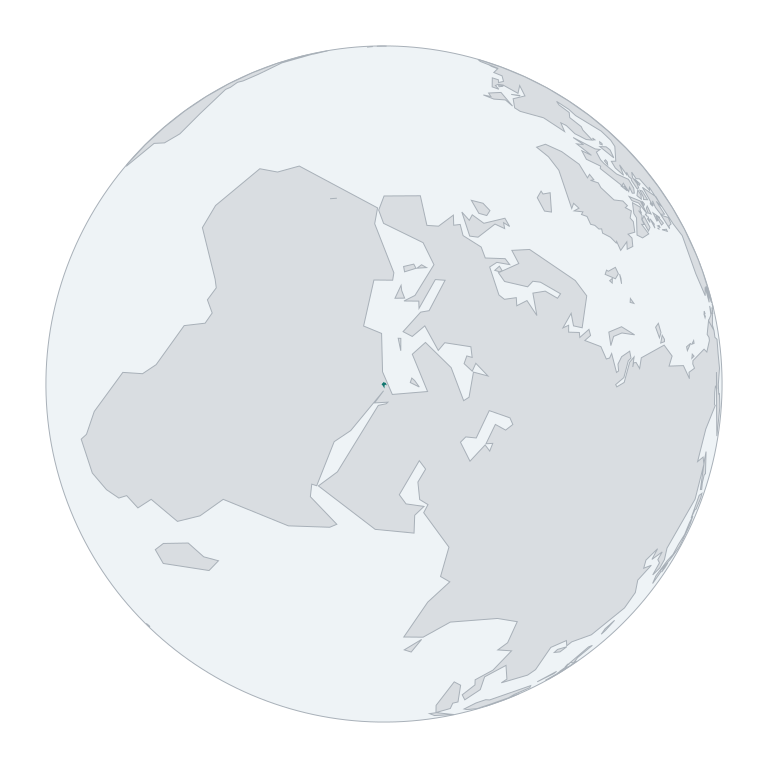 globe centered on Al Qalyubiyah, rotated 68°
{"feature_id": "EGY-1534", "entity_name": "Al Qalyubiyah", "entity_type": "Governorate", "adm_level": 1, "iso_a3": "EGY", "parent_name": "Egypt", "parent_adm1": "", "projection": "orthographic", "projection_center": [31.238, 30.352], "detail": "coarse", "context": "on_globe", "style": "filled", "palette": "teal", "viewbox_px": 768, "rotation_deg": 68, "n_neighbors": 0, "source": "natural_earth", "source_scale": "10m", "svg_char_len": 10664}
<svg xmlns="http://www.w3.org/2000/svg" viewBox="0 0 768 768"><g transform="rotate(68 384 384)"><circle cx="384" cy="384" r="338" fill="#eef3f6" stroke="#a8b0b8"/><path d="M352.9,47.5L379.3,46.2L389.3,46.1L392.1,46.2L389.3,46.3L398.2,46.4L424.2,48.5L431.5,49.6L430.2,49.9L415.1,48.6L414.0,49.0L424.7,50.2L430.1,51.9L414.6,50.0L422.5,53.1L398.7,53.6L358.2,51.9L344.2,55.8L300.7,64.4L304.0,65.2L289.5,70.3L288.0,73.4L280.3,75.0L285.7,76.2L293.0,74.3L297.7,74.4L297.5,76.3L287.7,78.3L286.4,77.7L283.4,79.4L278.6,79.7L280.8,80.6L269.0,83.5L280.2,83.7L270.4,88.6L262.7,89.8L264.2,85.6L250.2,81.0L242.8,82.5L230.9,87.9L206.9,105.8L198.5,109.8L186.6,118.1L190.8,117.2L201.6,110.6L206.6,112.0L219.3,104.7L223.1,104.5L235.9,99.5L233.1,104.9L223.4,113.3L212.7,118.1L208.1,122.2L217.6,122.0L197.0,136.3L182.2,155.6L176.9,159.4L167.9,157.4L169.7,145.4L158.1,146.4L164.7,150.9L151.4,161.6L148.9,166.0L149.0,168.9L153.7,167.1L149.0,172.4L140.7,168.9L144.8,164.0L147.4,164.9L148.2,159.8L142.5,159.1L136.3,165.5L134.3,160.5L129.8,165.3L126.9,167.5L134.2,159.9L121.0,173.9L118.1,175.4L134.3,156.4L151.8,138.5L170.5,122.0L190.5,107.0L211.5,93.4L233.4,81.5L256.2,71.2L279.6,62.6L303.7,55.8L328.1,50.7L352.9,47.5ZM53.9,311.6L52.5,320.7L51.8,323.0L48.0,358.4L49.8,384.7L50.2,401.2L49.4,406.8L51.4,415.3L51.5,420.5L64.5,453.5L75.6,479.6L78.2,497.2L74.8,507.0L85.6,541.4L83.9,539.4L72.8,515.8L63.6,491.5L56.3,466.5L50.9,441.0L47.5,415.2L46.1,389.2L46.7,363.2L49.3,337.3L53.9,311.6ZM432.7,49.8L435.0,50.0L437.8,50.6L432.7,49.8ZM236.6,97.0L236.2,98.2L234.0,98.5L236.6,97.0ZM242.4,93.9L240.2,93.3L242.6,91.8L244.0,92.1L242.4,93.9ZM438.4,51.7L442.3,52.9L435.8,51.4L438.4,51.7ZM244.7,95.0L247.3,89.2L251.6,86.7L260.4,86.2L244.7,95.0ZM442.8,53.5L452.3,57.4L458.1,58.0L446.9,59.4L442.6,55.1L433.6,52.8L440.6,53.8L442.8,53.5ZM295.4,72.9L287.6,75.0L294.3,71.6L295.4,72.9ZM298.5,70.7L312.3,61.7L323.6,60.1L316.7,63.1L331.6,60.3L330.3,63.8L321.9,66.2L314.8,66.4L319.7,67.8L298.5,70.7ZM439.2,60.0L439.2,61.1L436.3,59.8L439.2,60.0ZM300.2,74.2L301.9,72.2L311.9,70.6L310.2,74.2L307.5,73.5L300.2,74.2ZM336.1,58.1L343.2,57.9L344.1,60.6L347.0,61.0L331.3,63.8L336.1,58.1ZM305.1,74.9L309.0,76.2L304.1,78.9L299.1,76.0L305.1,74.9ZM315.2,68.7L319.9,68.2L316.7,69.6L315.2,68.7ZM288.8,90.2L290.7,87.3L296.1,86.1L288.8,90.2ZM310.8,76.6L312.5,75.7L314.8,75.1L316.3,76.6L310.8,76.6ZM333.1,65.8L332.0,67.2L339.5,64.7L340.6,67.1L329.9,68.8L334.9,69.1L335.2,69.9L326.2,70.4L333.1,65.8ZM324.8,76.3L311.6,80.1L306.9,85.4L302.0,86.5L310.4,77.8L324.8,76.3ZM326.4,72.7L324.3,75.1L319.3,74.9L317.6,73.3L326.4,72.7ZM345.1,68.4L346.3,64.2L348.6,64.1L345.1,68.4ZM324.4,77.8L327.6,77.0L324.7,78.2L324.4,77.8ZM339.9,71.1L340.0,69.6L342.6,69.4L339.9,71.1ZM333.9,76.8L329.7,77.8L328.4,76.5L333.9,76.8ZM337.5,74.2L341.0,74.4L330.5,75.4L337.1,73.5L337.5,74.2ZM342.3,71.3L343.9,70.7L341.9,72.0L342.3,71.3ZM341.2,81.4L328.3,83.1L325.5,80.0L338.4,78.7L341.2,81.4ZM155.4,473.3L137.9,418.5L147.6,403.3L150.2,380.9L218.3,324.0L231.9,332.6L284.6,333.2L291.0,337.1L283.8,354.4L322.6,381.2L336.2,367.3L372.2,380.8L396.8,380.2L407.3,346.4L367.0,346.6L361.0,330.0L394.0,315.6L429.3,316.4L428.1,310.1L406.5,296.6L415.5,284.6L399.2,291.1L405.2,297.4L395.1,302.1L389.0,296.7L392.4,292.3L382.0,289.5L368.5,312.2L373.2,321.1L345.4,324.4L350.5,340.0L342.6,346.7L331.1,323.1L332.9,314.7L310.7,288.5L306.4,297.3L327.0,323.2L320.2,320.7L314.5,334.4L313.5,322.1L292.1,293.0L267.6,294.8L234.9,324.2L220.8,323.8L209.7,313.5L223.1,279.8L253.0,284.8L258.1,274.3L253.4,256.4L262.9,259.9L264.6,253.6L276.0,255.1L293.4,242.6L305.1,242.9L313.2,224.7L320.4,222.7L313.5,233.8L315.1,242.2L344.5,244.1L350.6,240.6L353.5,229.0L361.2,231.6L360.2,220.2L377.8,216.6L355.5,211.9L358.3,199.7L369.5,191.0L366.5,186.5L348.2,200.8L344.5,207.5L347.7,214.4L334.1,233.8L323.7,236.2L322.8,213.9L308.0,215.4L313.8,198.6L359.7,167.9L378.2,163.0L406.1,179.2L401.1,186.5L388.6,184.0L399.0,197.1L398.7,190.8L405.1,193.4L409.4,183.6L414.2,185.0L410.1,173.5L416.4,174.3L418.9,181.5L430.6,168.9L444.1,168.5L444.4,165.1L441.0,161.5L460.4,164.1L459.8,161.6L453.2,159.6L447.7,153.4L445.6,143.9L452.5,145.3L454.1,148.9L467.9,159.2L471.3,169.4L473.9,169.2L472.5,160.7L455.8,148.0L452.6,142.0L461.4,147.0L457.9,144.6L458.5,142.2L465.4,141.2L456.1,135.6L452.9,109.7L466.0,106.4L474.2,113.0L479.1,99.5L493.5,98.8L487.4,96.8L485.7,90.2L481.1,90.2L478.1,88.8L471.6,74.2L475.3,72.7L465.6,66.0L462.5,65.2L459.1,65.8L446.9,59.4L458.1,58.0L464.7,59.7L467.3,58.5L481.8,63.1L495.0,67.0L509.5,74.1L518.7,77.4L518.6,76.6L531.1,81.2L557.0,94.9L536.3,86.8L497.5,71.3L513.4,77.4L509.8,77.3L515.6,80.5L526.8,85.3L528.0,84.9L546.3,102.5L573.4,122.3L571.3,115.5L578.3,117.5L607.3,138.7L642.2,183.1L651.9,189.8L657.9,197.3L661.7,206.4L653.0,195.6L649.4,195.9L643.9,188.9L647.0,201.3L639.2,192.0L645.4,207.1L652.1,212.2L652.2,204.0L660.9,222.2L671.5,229.1L681.7,244.9L694.2,285.7L693.4,306.5L695.2,312.6L690.2,311.0L690.7,328.0L705.6,350.5L707.7,359.9L705.0,387.2L703.7,380.6L690.6,376.3L693.2,400.4L703.4,409.2L707.1,427.4L701.5,427.9L697.1,412.4L692.4,410.3L690.1,390.1L679.2,365.7L673.2,378.1L670.2,366.3L654.3,349.5L643.9,366.6L629.6,411.7L633.4,442.6L626.0,460.4L602.6,425.1L592.1,397.1L583.7,403.7L559.6,384.9L518.2,395.4L512.3,388.4L504.5,394.2L487.6,389.3L478.5,377.3L468.3,380.0L492.4,411.3L503.4,408.5L512.5,392.8L517.2,404.7L533.5,412.0L515.5,446.6L453.9,483.0L448.0,460.1L401.7,397.3L403.1,389.6L402.9,388.7L402.3,387.2L398.0,399.8L390.1,386.9L414.7,432.3L418.8,451.8L453.1,484.5L449.8,488.5L460.9,494.5L496.4,480.3L496.5,488.0L479.7,525.8L430.7,576.3L437.3,604.0L434.0,627.0L403.7,643.1L406.7,658.6L391.1,664.4L390.4,672.6L378.0,680.9L357.3,687.8L321.7,685.4L319.2,678.7L300.9,662.9L275.4,621.8L284.0,604.0L280.7,588.0L255.0,547.4L260.6,527.1L253.8,516.7L239.8,516.2L232.0,503.5L223.5,501.3L171.0,493.8L155.4,473.3ZM194.1,358.1L192.0,364.6L194.1,358.1ZM466.6,334.9L487.8,333.2L478.4,313.1L485.8,311.1L479.8,305.4L477.6,311.8L463.2,295.9L472.3,288.5L469.8,279.7L462.6,279.9L448.1,296.4L468.6,318.7L463.7,328.0L466.6,334.9ZM52.5,321.0L51.6,326.4L51.8,323.6L52.5,321.0ZM67.0,267.9L65.3,273.5L66.0,270.4L67.0,267.9ZM71.7,255.0L68.2,264.1L68.8,262.2L71.7,255.0ZM152.0,161.8L152.5,162.3L151.5,166.0L149.7,165.8L152.0,161.8ZM161.0,175.4L153.2,183.6L157.5,177.2L153.4,178.0L157.5,166.3L174.5,160.7L166.1,165.0L161.0,175.4ZM167.6,150.4L163.1,157.6L167.3,150.0L167.6,150.4ZM262.9,220.8L266.3,225.6L261.3,232.1L246.4,234.2L253.5,224.5L262.9,220.8ZM272.4,231.2L275.6,209.8L285.0,208.5L279.2,212.7L285.1,213.9L277.3,221.2L283.1,241.8L279.0,249.1L253.7,247.4L264.2,243.6L260.2,238.8L272.4,231.2ZM267.4,165.4L268.9,158.3L287.3,164.3L283.8,170.4L268.7,172.1L264.0,166.1L267.4,165.4ZM259.7,96.1L259.1,94.6L261.8,93.8L264.5,94.5L259.7,96.1ZM289.3,89.0L265.2,102.8L263.2,101.5L251.4,112.2L241.8,113.2L249.7,106.0L233.5,115.4L236.8,109.3L226.3,116.3L245.1,100.2L247.5,95.8L248.5,100.2L257.3,99.2L261.8,97.5L276.4,89.7L285.8,80.7L296.0,79.1L300.8,80.4L300.1,82.3L293.6,82.6L297.3,85.0L287.5,86.9L289.3,89.0ZM350.2,108.0L343.1,105.6L348.8,114.5L339.0,114.9L340.3,115.9L332.8,119.0L326.0,124.8L321.7,124.1L320.8,126.7L315.9,129.1L313.3,132.6L304.7,133.0L300.8,137.4L298.9,135.1L294.7,142.9L294.0,137.4L287.5,140.5L291.6,144.2L251.3,141.8L234.9,146.4L221.6,153.8L222.2,144.5L235.1,132.2L253.4,120.7L269.1,118.1L266.6,114.9L273.3,112.9L272.5,116.3L277.8,110.0L283.1,109.4L299.5,101.8L303.8,94.0L309.9,91.5L310.9,94.2L316.2,89.8L322.3,93.6L326.8,92.0L337.2,94.6L336.5,101.6L341.6,99.4L349.7,101.8L350.2,108.0ZM344.0,82.3L345.4,89.5L340.7,93.6L324.5,87.6L319.6,88.5L309.0,85.7L316.1,80.1L318.4,81.3L322.3,81.2L318.6,83.0L324.5,81.6L328.0,83.4L333.6,83.0L332.5,85.3L344.0,82.3ZM298.9,331.2L304.0,332.6L312.1,332.7L308.6,341.7L298.9,331.2ZM284.0,311.5L288.7,311.0L287.7,322.9L282.4,321.8L284.0,311.5ZM292.0,301.0L289.0,310.0L287.5,304.5L292.0,301.0ZM318.0,232.9L323.1,232.0L323.3,234.8L320.1,238.7L318.0,232.9ZM365.2,137.9L361.8,135.0L363.5,133.8L362.5,125.8L369.6,125.4L373.1,130.0L365.2,137.9ZM400.0,352.4L392.5,359.1L388.9,356.0L392.2,354.3L400.0,352.4ZM348.0,351.3L359.5,356.0L346.9,353.7L348.0,351.3ZM372.8,136.1L371.6,132.7L375.9,134.6L372.8,136.1ZM374.8,124.7L380.1,126.2L370.4,124.4L374.8,124.7ZM520.6,692.1L521.6,692.2L516.9,694.1L520.6,692.1ZM491.4,616.1L467.7,655.9L451.9,658.1L449.2,648.3L458.1,625.1L476.7,615.9L485.9,603.7L491.4,616.1ZM716.8,442.7L710.3,461.4L706.7,465.2L708.4,458.4L714.2,447.7L716.8,442.7ZM708.1,458.9L701.5,456.1L686.5,430.5L692.0,425.8L706.5,434.5L705.7,439.8L709.7,444.1L708.1,458.9ZM720.7,405.5L719.8,419.5L717.0,428.9L715.3,431.5L714.2,418.2L714.8,408.0L716.5,404.4L718.6,361.0L720.2,362.6L720.6,379.2L721.6,386.1L720.7,405.5ZM634.9,444.8L642.7,459.2L638.1,464.8L634.9,444.8ZM716.1,335.1L717.5,353.5L715.1,331.6L716.1,335.1ZM712.7,316.4L714.3,322.3L712.6,318.7L712.7,316.4ZM698.3,321.2L696.7,326.7L695.1,322.5L696.1,313.0L698.3,321.2ZM689.5,258.7L695.5,271.2L697.4,276.3L693.7,270.6L689.5,258.7ZM432.3,133.2L425.8,144.3L425.9,153.3L433.4,159.3L420.1,156.1L419.9,142.3L432.3,133.2ZM449.7,112.1L443.0,107.8L447.6,107.2L449.8,108.1L449.7,112.1ZM444.4,111.3L433.1,110.9L430.5,106.9L440.0,107.9L444.4,111.3ZM402.9,122.1L400.5,125.2L397.0,123.5L402.9,122.1ZM720.9,410.0L721.2,405.6L721.8,387.4L721.8,378.4L721.8,374.9L721.9,380.2L721.9,385.9L721.9,390.2L720.9,410.0ZM719.2,341.6L718.5,337.3L719.2,345.5L716.1,322.3L717.3,328.0L719.2,341.6ZM716.1,323.9L717.0,331.4L715.0,318.9L716.1,323.9ZM716.3,328.9L714.6,322.0L714.9,320.0L716.3,328.9ZM716.0,322.2L713.1,309.1L714.6,314.8L716.0,322.2ZM710.2,307.1L713.5,312.4L712.1,315.9L704.4,292.9L704.4,288.7L710.2,307.1ZM662.4,197.1L658.1,192.0L656.0,187.6L659.5,192.3L662.4,197.1ZM645.3,170.7L654.1,184.8L660.5,197.4L661.9,197.8L669.6,209.7L663.6,203.6L653.9,187.5L650.3,179.9L643.0,171.0L636.2,161.7L627.2,152.9L622.1,147.1L629.1,153.1L645.3,170.7ZM623.4,149.5L605.3,133.5L604.5,130.2L608.3,133.0L616.9,141.5L616.9,142.6L623.4,149.5ZM600.7,128.9L600.4,130.2L573.2,114.5L567.3,110.7L587.5,119.5L588.4,121.3L595.2,126.1L600.7,128.9ZM442.8,61.5L439.6,61.2L441.5,60.6L442.8,61.5ZM475.6,89.0L471.8,87.0L474.3,86.1L475.6,89.0ZM462.5,81.3L462.4,83.7L459.7,80.6L462.5,81.3ZM462.8,89.5L461.1,84.4L466.7,90.2L462.8,89.5Z" fill="#d9dde1" stroke="#a8b0b8" stroke-width="1"/><path d="M385.8,384.9L385.0,385.0L384.8,385.0L384.5,385.1L384.4,385.2L384.3,385.3L384.0,385.4L384.0,385.2L383.6,385.2L383.4,384.8L383.3,384.5L383.3,384.4L383.3,384.1L383.1,383.9L383.3,383.8L383.3,383.6L383.5,383.5L383.5,383.4L383.7,383.2L383.8,383.1L384.0,383.0L383.9,382.9L384.0,382.8L384.1,382.7L384.3,382.7L384.5,382.7L384.3,382.9L384.3,383.0L384.2,383.3L384.2,383.5L384.3,383.6L384.5,384.0L384.7,384.3L384.8,384.4L385.8,384.9Z" fill="#14b8a6" stroke="#0f766e" stroke-width="1.5"/></g></svg>